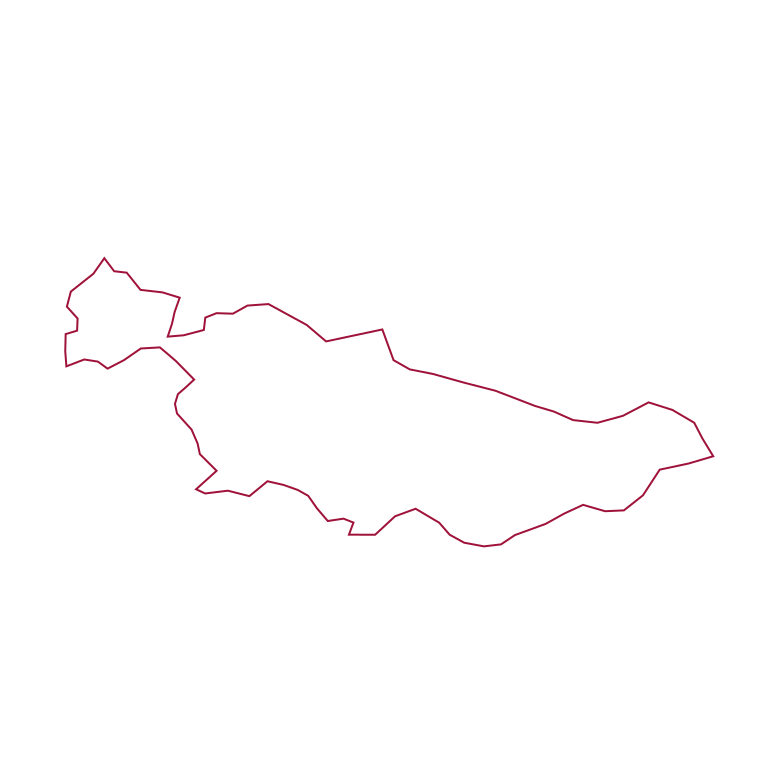 Nikitari, Nicosia, Cyprus, rotated 258°
{"feature_id": "46923920B48004399301476", "entity_name": "Nikitari", "entity_type": "district", "adm_level": 2, "iso_a3": "CYP", "parent_name": "Cyprus", "parent_adm1": "Nicosia", "projection": "orthographic", "projection_center": [32.981, 35.047], "detail": "fine", "context": "isolated", "style": "outline", "palette": "rose", "viewbox_px": 768, "rotation_deg": 258, "n_neighbors": 0, "source": "geoboundaries", "source_scale": "gbopen_adm2", "svg_char_len": 1249}
<svg xmlns="http://www.w3.org/2000/svg" viewBox="0 0 768 768"><g transform="rotate(258 384 384)"><path d="M499.0,83.0L482.2,79.0L467.3,77.0L470.3,95.9L465.4,108.8L456.5,116.8L461.4,134.6L469.3,153.5L466.4,172.4L457.5,179.3L449.6,185.3L427.8,199.2L421.9,189.3L416.9,180.3L408.0,175.4L398.2,175.4L379.4,186.3L364.5,189.3L353.7,189.3L333.9,202.2L320.1,178.3L314.1,186.3L312.1,209.1L302.3,229.0L313.1,249.8L306.2,264.7L298.3,277.6L290.4,286.6L276.5,292.5L261.7,300.5L260.7,316.4L254.8,325.3L243.9,318.4L238.4,344.0L252.3,367.3L255.4,389.0L236.8,409.2L222.9,416.9L212.1,429.4L204.4,448.0L202.8,465.1L209.0,480.6L213.6,513.2L219.8,533.4L224.4,553.6L213.6,573.8L210.5,592.4L221.3,614.2L242.9,635.9L242.9,665.4L244.9,691.0L264.6,684.1L281.6,679.4L298.6,660.8L311.0,639.0L303.2,611.1L301.7,584.7L309.4,561.4L321.8,544.3L331.1,527.2L354.3,491.5L368.2,463.5L383.6,434.0L392.9,412.3L405.3,398.3L437.7,393.7L437.7,336.2L457.8,320.7L486.2,287.6L489.1,266.7L484.2,250.8L488.1,234.9L486.1,223.0L474.3,219.0L473.3,198.2L475.3,182.3L487.1,189.2L498.0,194.2L510.9,202.1L519.7,186.3L526.7,165.4L546.4,155.5L550.4,143.5L565.2,136.6L552.3,122.7L546.4,110.8L539.5,96.9L525.6,89.9L511.8,97.9L500.0,94.9L499.0,83.0Z" fill="none" stroke="#9f1239" stroke-width="2"/></g></svg>